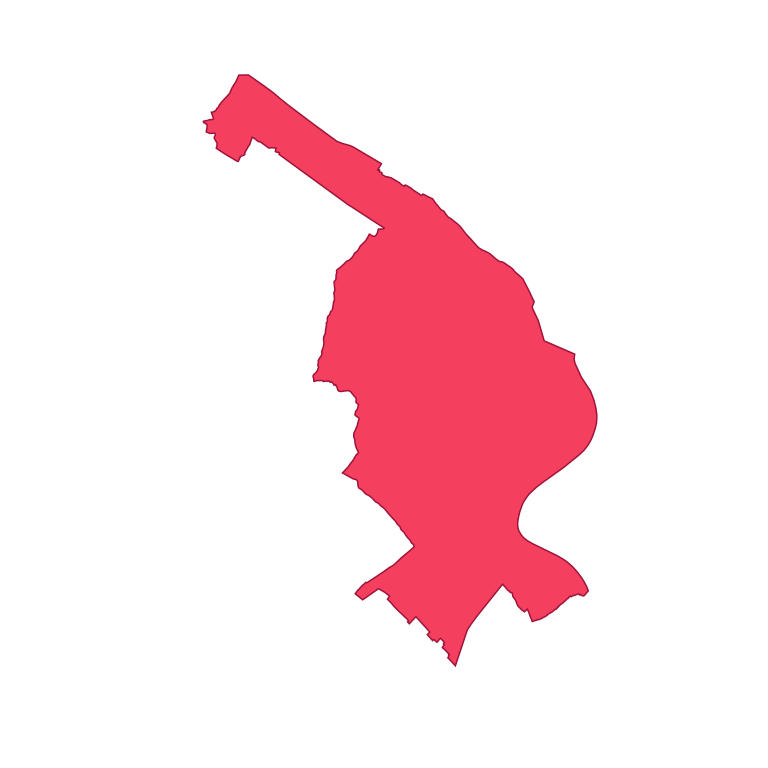 the district of Mueang Samut Prakan, Samut Prakan, Thailand, rotated 203°
{"feature_id": "78962969B45511956766283", "entity_name": "Mueang Samut Prakan", "entity_type": "district", "adm_level": 2, "iso_a3": "THA", "parent_name": "Thailand", "parent_adm1": "Samut Prakan", "projection": "natural_earth1", "projection_center": [100.67, 13.577], "detail": "fine", "context": "isolated", "style": "filled", "palette": "rose", "viewbox_px": 768, "rotation_deg": 203, "n_neighbors": 0, "source": "geoboundaries", "source_scale": "gbopen_adm2", "svg_char_len": 6171}
<svg xmlns="http://www.w3.org/2000/svg" viewBox="0 0 768 768"><g transform="rotate(203 384 384)"><path d="M605.1,532.0L605.0,537.4L602.4,539.9L601.8,540.8L602.5,542.7L601.7,549.7L601.2,551.4L601.7,559.7L598.3,559.2L594.6,558.0L592.6,558.5L591.8,558.4L582.2,556.2L581.7,556.4L580.6,557.2L575.6,559.0L574.8,555.5L574.2,555.4L570.7,556.1L570.5,555.8L570.5,554.6L570.1,554.3L486.1,534.8L485.2,534.8L444.7,527.6L444.9,526.8L446.1,526.0L447.1,525.4L447.8,525.4L448.2,524.8L449.1,524.8L449.6,524.6L449.7,523.7L449.1,521.2L449.2,520.4L449.5,517.5L450.2,516.5L450.9,516.0L452.1,515.8L453.5,515.8L455.2,516.3L455.8,516.3L456.1,516.1L456.2,513.6L456.9,508.6L459.7,501.7L460.3,496.4L462.2,493.0L462.3,490.9L462.8,488.2L464.3,484.5L466.5,482.3L467.6,479.1L469.5,475.0L471.7,471.1L472.0,470.2L471.9,469.4L471.0,468.0L470.7,465.5L470.1,464.3L469.1,461.1L469.2,460.4L469.9,459.1L469.9,458.5L467.0,453.1L466.3,452.0L465.8,450.2L465.8,448.3L464.1,445.5L462.3,441.7L462.6,440.1L461.8,437.5L460.6,432.3L460.8,431.2L461.4,429.9L461.2,426.7L462.1,424.0L461.9,423.2L461.9,422.1L460.9,420.5L460.7,418.9L460.9,417.2L460.2,416.4L458.6,409.9L457.8,407.7L458.0,406.6L457.7,405.6L458.0,404.6L457.3,401.9L456.8,400.8L455.4,398.5L454.7,396.3L454.3,393.9L454.1,389.7L453.8,388.8L453.0,387.8L452.8,387.0L452.8,385.3L453.5,382.3L453.7,380.0L452.6,377.6L452.4,375.8L451.9,375.0L450.9,374.1L450.8,373.7L450.6,369.7L451.1,367.8L452.3,365.5L452.5,364.5L452.4,363.7L452.0,362.8L450.8,361.4L449.6,359.1L449.3,359.1L447.7,360.5L445.8,361.6L444.4,361.9L442.6,363.1L442.0,363.1L440.9,362.5L440.2,363.1L439.6,363.2L438.6,364.1L437.2,364.3L436.1,365.2L435.7,365.2L434.3,364.5L433.2,365.5L430.6,364.4L429.5,363.4L429.0,363.5L428.4,364.4L428.1,364.4L427.4,363.6L426.2,363.1L425.4,361.7L424.6,361.0L424.3,360.5L423.0,359.8L420.7,360.2L417.2,362.4L414.3,363.9L413.3,364.1L410.7,363.5L409.7,362.7L408.6,362.3L407.3,361.4L404.7,360.5L403.7,359.1L402.6,356.1L399.5,355.2L398.8,351.7L398.8,349.8L399.4,347.9L398.8,344.4L398.3,344.0L397.0,343.5L394.1,343.0L393.7,342.7L393.3,342.0L392.8,337.1L392.2,334.9L392.5,332.6L392.3,330.2L392.6,327.7L392.2,325.9L391.5,324.2L391.0,323.3L389.4,321.7L387.3,317.9L386.5,316.7L384.6,314.5L381.5,311.7L380.8,310.8L380.9,309.9L381.9,307.8L382.8,301.1L383.7,298.1L384.7,293.3L387.5,285.9L376.0,284.7L374.6,284.7L372.6,285.1L371.4,284.9L370.8,284.5L370.3,284.0L367.7,279.5L366.6,278.5L362.6,277.8L357.9,275.6L354.4,275.4L351.1,274.6L345.8,272.3L342.3,271.9L338.8,270.4L336.5,269.9L334.2,269.1L328.6,266.1L322.3,263.2L320.1,262.4L317.0,260.2L313.8,259.0L313.2,258.6L312.2,257.3L311.2,256.6L308.1,255.5L303.1,252.2L299.0,250.4L296.3,248.3L294.2,247.8L292.6,246.0L295.2,240.5L300.4,230.3L302.3,225.7L304.6,220.8L307.5,216.9L312.2,209.2L322.1,194.3L323.3,194.3L324.8,190.6L325.0,190.6L325.5,189.4L327.2,184.4L327.4,184.4L328.6,179.7L319.3,177.0L309.1,193.4L301.5,192.5L295.9,190.8L296.8,187.3L291.4,185.0L287.9,183.2L280.0,180.0L277.1,179.0L274.0,177.7L271.5,176.9L268.8,175.5L269.3,174.2L267.0,173.2L263.7,182.3L245.0,173.6L246.2,170.2L239.0,166.8L238.4,168.3L234.3,167.0L232.7,172.0L229.3,170.6L227.3,169.7L227.8,168.0L226.9,167.6L226.8,167.4L227.3,164.8L227.3,164.1L223.3,162.9L221.2,161.8L218.6,160.9L218.8,159.9L217.9,159.6L218.3,157.0L208.2,152.5L211.2,190.1L210.0,197.0L207.6,207.0L196.6,246.0L193.1,244.4L188.8,242.2L187.7,242.5L186.7,241.6L186.1,241.5L184.5,241.9L182.3,238.7L179.4,237.0L178.1,236.1L175.8,233.6L173.7,231.8L173.2,231.6L168.7,229.8L165.7,229.2L164.0,232.8L160.9,229.7L158.8,227.3L156.5,225.2L154.9,223.3L154.3,223.6L151.2,226.4L149.0,228.0L146.9,230.2L146.8,230.7L144.8,232.8L143.2,235.3L143.1,236.1L140.6,239.3L139.6,240.9L138.8,242.6L138.1,243.6L137.6,243.9L137.5,244.7L137.1,245.0L137.0,245.7L136.5,246.4L136.8,247.2L136.4,247.6L136.3,248.1L135.8,248.4L135.8,249.0L135.3,250.0L133.7,252.4L132.9,254.4L132.2,255.7L131.4,257.9L130.9,258.3L130.4,259.7L130.3,260.4L129.8,261.4L129.5,261.5L128.9,261.2L128.5,261.4L127.9,262.5L125.0,264.8L124.0,266.0L122.7,267.0L121.7,266.2L121.4,266.3L120.8,267.0L119.4,266.6L118.3,266.6L117.5,267.0L116.7,268.2L115.1,273.4L118.3,276.7L123.0,280.5L126.5,282.9L132.9,286.6L139.3,289.6L145.8,291.7L149.9,292.6L156.1,293.5L185.4,295.1L190.4,295.7L195.3,297.0L198.7,298.7L201.8,301.0L203.3,302.4L204.5,304.0L206.1,306.8L207.2,309.9L208.4,315.2L209.1,319.7L209.5,325.5L209.5,329.0L209.0,332.5L208.3,336.0L207.4,339.4L206.5,341.6L203.1,349.0L199.5,355.4L186.2,377.1L177.4,393.6L175.4,397.8L174.1,400.9L172.9,405.0L172.2,408.1L171.6,413.5L171.6,417.9L172.0,423.6L172.6,428.2L173.3,431.5L174.7,435.6L176.5,439.6L179.2,444.1L184.4,451.1L191.1,458.1L205.0,467.4L216.3,477.7L218.8,481.3L220.1,486.0L253.4,486.3L266.6,502.5L276.6,511.4L277.5,512.7L277.8,513.6L277.8,517.3L277.9,518.2L278.2,518.7L280.9,520.9L285.7,525.4L297.4,535.1L300.7,536.3L307.7,538.6L310.5,540.2L313.5,541.0L321.2,542.5L322.4,542.6L325.6,542.0L326.3,542.0L330.1,542.9L336.6,545.1L338.8,545.5L343.0,545.8L346.2,545.8L350.0,546.4L352.7,547.5L359.2,550.6L367.7,554.4L374.6,558.4L377.3,559.5L379.5,560.3L384.0,561.4L386.7,562.3L389.7,562.6L391.9,563.6L395.8,566.1L397.0,566.6L398.3,566.5L400.4,567.1L407.1,570.6L411.7,573.5L414.5,573.5L422.4,574.1L422.8,572.5L423.3,572.2L433.7,574.1L435.6,574.9L440.2,575.4L442.2,575.5L442.8,573.9L445.8,574.3L448.4,575.3L457.9,576.6L462.2,576.0L462.3,575.7L463.1,575.5L467.6,576.0L467.8,576.2L468.4,577.6L469.1,577.8L470.4,577.5L471.1,577.8L471.7,579.4L472.6,579.5L472.7,578.4L473.5,578.6L472.4,585.8L504.8,590.1L508.2,590.2L516.0,589.2L521.8,588.9L550.4,595.6L581.1,603.3L591.4,606.2L599.6,608.8L610.0,611.3L629.6,615.5L638.3,611.6L638.5,603.5L639.1,601.1L639.4,598.4L639.7,596.6L639.6,596.0L639.7,594.2L639.6,591.4L643.9,579.3L644.2,577.6L644.6,576.7L644.6,573.9L645.5,572.4L645.5,570.8L646.5,568.8L647.3,568.2L647.9,567.3L649.1,566.7L644.5,561.5L644.5,561.2L645.4,560.3L647.6,559.4L649.8,557.4L652.8,555.4L652.9,555.1L652.0,554.1L650.7,554.3L649.9,553.8L648.5,553.8L648.1,553.5L647.1,551.0L646.3,547.0L646.0,546.6L642.1,546.6L638.4,548.5L637.7,548.7L637.1,548.5L636.5,547.4L636.7,545.4L636.6,544.5L636.1,543.8L631.7,540.4L630.8,537.8L630.5,535.4L620.3,533.6L606.5,531.7L605.1,532.0Z" fill="#f43f5e" stroke="#9f1239" stroke-width="1.5"/></g></svg>